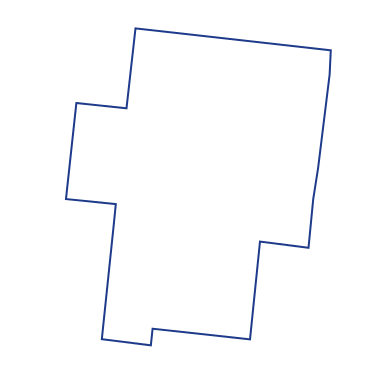 the district of Langlade, Wisconsin, United States of America, rotated 96°
{"feature_id": "52423323B38339757578599", "entity_name": "Langlade", "entity_type": "district", "adm_level": 2, "iso_a3": "USA", "parent_name": "United States of America", "parent_adm1": "Wisconsin", "projection": "albers", "projection_center": [-89.026, 45.249], "detail": "fine", "context": "isolated", "style": "outline", "palette": "blue", "viewbox_px": 384, "rotation_deg": 96, "n_neighbors": 0, "source": "geoboundaries", "source_scale": "gbopen_adm2", "svg_char_len": 361}
<svg xmlns="http://www.w3.org/2000/svg" viewBox="0 0 384 384"><g transform="rotate(96 192 192)"><path d="M115.6,316.3L212.2,316.6L212.0,266.5L232.6,266.4L347.8,266.3L348.8,216.9L332.1,216.9L332.5,118.9L234.2,119.2L235.3,70.3L186.4,70.7L155.3,69.1L60.7,67.4L36.6,68.8L35.2,265.3L115.6,265.9L115.6,316.3Z" fill="none" stroke="#1e3a8a" stroke-width="2"/></g></svg>